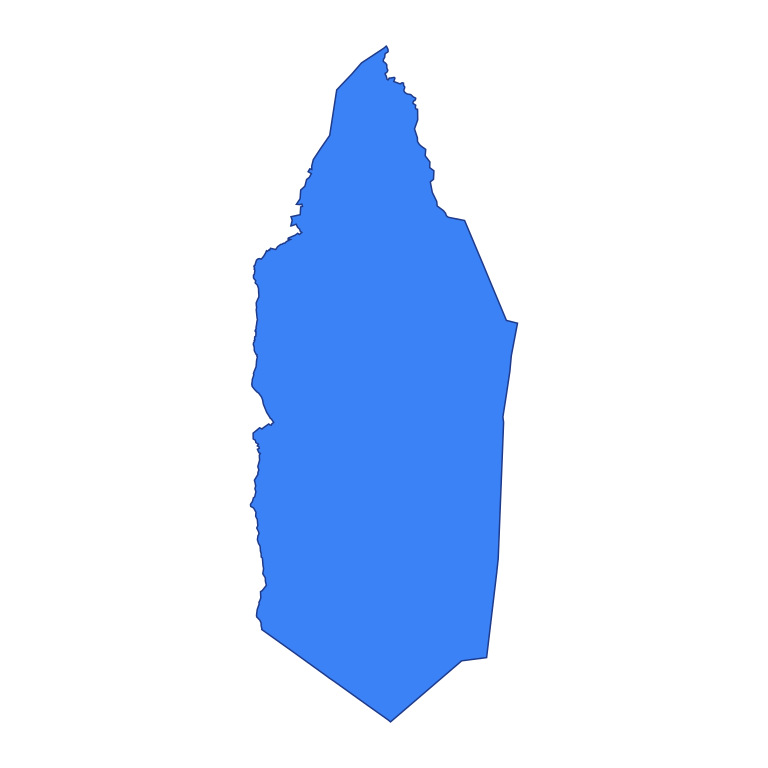 Santiago Tenango, Oaxaca, Mexico (orthographic projection)
{"feature_id": "50627088B72964972747290", "entity_name": "Santiago Tenango", "entity_type": "district", "adm_level": 2, "iso_a3": "MEX", "parent_name": "Mexico", "parent_adm1": "Oaxaca", "projection": "orthographic", "projection_center": [-97.014, 17.298], "detail": "fine", "context": "isolated", "style": "filled", "palette": "blue", "viewbox_px": 768, "rotation_deg": 0, "n_neighbors": 0, "source": "geoboundaries", "source_scale": "gbopen_adm2", "svg_char_len": 3851}
<svg xmlns="http://www.w3.org/2000/svg" viewBox="0 0 768 768"><path d="M261.7,629.5L296.9,654.6L328.6,677.5L328.9,677.8L333.2,680.7L368.8,706.2L388.4,720.1L390.5,721.9L461.7,660.8L486.6,657.6L489.3,634.9L496.7,572.7L498.2,558.7L503.6,422.4L502.9,416.9L506.4,394.5L509.9,371.1L511.3,355.8L517.5,323.2L506.4,320.4L489.4,279.7L483.5,265.4L479.6,256.2L464.6,220.5L448.4,217.3L446.4,215.8L445.5,213.2L443.5,210.7L437.2,206.0L436.7,201.4L432.3,192.4L430.3,181.9L433.5,179.3L433.9,170.8L429.7,167.6L429.9,162.0L425.2,155.8L425.7,149.4L421.4,146.3L419.4,144.5L417.5,141.5L417.4,137.8L414.5,128.9L417.7,119.9L417.6,110.8L417.5,109.3L416.8,109.3L416.6,109.3L416.1,109.0L415.5,108.1L415.4,106.8L415.6,105.7L415.7,105.2L415.1,104.8L413.1,103.4L412.9,102.9L413.2,101.7L413.5,101.2L413.9,100.7L414.3,100.7L414.8,100.6L415.6,99.1L415.7,98.2L415.0,97.7L413.5,97.1L410.9,94.7L409.6,94.3L408.4,94.2L407.3,94.0L406.4,93.5L405.4,92.9L404.7,92.2L404.0,91.1L403.9,89.8L404.7,87.8L404.6,86.6L403.8,85.8L403.5,84.5L403.5,83.1L402.5,82.8L401.4,83.0L400.6,83.8L399.3,83.6L393.8,81.5L394.0,80.8L394.9,78.3L394.7,77.7L394.2,77.4L391.8,77.8L390.0,78.1L389.2,78.1L388.3,79.8L387.7,79.8L387.0,79.2L386.2,75.9L385.3,74.6L385.2,73.3L386.7,72.5L387.6,71.0L387.8,70.1L386.9,68.3L386.8,67.0L386.8,64.9L385.7,63.3L383.3,61.4L383.3,60.4L383.6,59.1L384.7,57.4L385.0,54.2L385.3,53.6L386.4,52.8L387.6,52.2L388.1,51.6L388.0,49.3L386.4,46.1L386.2,46.1L385.8,46.5L383.8,48.2L361.5,62.9L355.5,69.8L352.3,73.5L336.7,89.9L329.7,135.4L320.7,148.4L313.3,159.6L311.7,166.1L311.8,169.5L309.8,168.8L308.1,171.7L311.4,173.6L309.3,177.4L306.6,179.5L304.9,186.2L300.7,190.0L300.1,198.7L296.4,204.3L300.2,204.6L301.8,204.1L302.5,206.4L300.7,206.9L300.2,214.7L291.0,216.7L292.2,220.3L290.8,225.9L291.3,225.9L296.2,224.2L297.5,227.1L299.6,229.2L300.3,231.3L301.8,232.4L299.4,234.5L297.7,233.3L295.3,235.1L288.4,238.0L288.0,239.0L290.4,239.5L286.4,241.6L284.8,243.2L283.4,243.3L281.9,244.3L280.7,244.4L277.6,246.7L275.7,249.5L270.5,248.3L269.7,250.1L269.2,249.7L267.3,251.3L266.5,250.8L265.5,253.1L263.7,256.2L261.3,259.1L259.3,258.6L258.0,258.9L256.5,260.1L255.5,263.3L254.9,265.4L254.3,265.5L253.9,266.5L254.6,268.2L254.1,269.1L254.9,270.2L254.3,274.4L253.5,275.1L253.5,277.9L254.3,279.1L255.7,280.6L255.2,282.9L257.3,285.0L258.5,288.4L258.7,293.6L258.9,294.5L258.8,297.1L257.8,299.0L256.2,302.9L256.4,306.3L256.7,307.3L256.2,309.7L257.1,318.1L257.5,319.9L257.0,321.0L256.4,325.5L256.0,327.3L256.3,328.4L255.5,329.6L255.9,330.9L255.1,331.1L256.0,332.5L255.8,336.1L254.7,336.9L254.6,338.8L255.0,339.7L254.2,340.4L254.6,341.0L253.5,342.9L253.3,344.6L254.2,347.1L254.3,350.7L256.2,354.5L257.1,354.8L256.8,356.0L257.4,357.1L256.6,360.1L256.1,366.7L254.3,371.1L253.4,373.7L253.8,374.4L253.5,375.9L252.3,379.4L252.2,381.5L251.8,384.0L251.8,384.3L252.2,386.5L254.7,389.6L256.8,391.8L258.4,392.9L259.4,394.1L261.3,396.7L262.5,399.5L263.4,404.3L266.7,412.4L269.4,416.7L270.4,418.5L271.2,418.8L273.7,422.4L271.8,423.9L271.4,425.1L270.2,425.0L268.7,424.0L263.1,427.9L262.1,429.0L259.6,427.8L253.1,433.2L253.2,438.9L255.3,440.2L255.9,442.6L258.4,444.2L257.3,445.9L258.8,446.7L259.3,448.2L257.4,449.3L258.9,452.7L260.3,453.4L259.3,455.3L259.6,460.1L257.8,466.6L258.8,469.9L257.9,472.6L257.9,474.4L254.4,480.2L255.1,482.9L255.7,486.0L254.9,488.8L255.9,491.6L254.7,496.9L253.4,497.9L252.5,501.4L250.5,504.3L250.7,506.4L253.6,508.0L256.0,512.3L255.7,515.1L255.7,516.4L257.3,519.5L257.8,525.8L256.7,528.0L258.4,531.3L259.0,533.8L257.9,535.9L257.4,539.8L258.5,543.4L260.1,546.2L260.5,551.6L261.1,553.0L261.2,557.0L262.4,558.0L263.0,565.7L263.6,568.5L262.8,573.8L265.3,577.8L265.4,581.4L266.4,585.3L262.3,590.5L260.5,591.7L260.8,598.0L259.9,600.4L258.9,602.4L259.2,603.8L257.2,609.6L256.5,615.2L256.7,616.9L259.9,620.3L261.1,623.1L261.1,625.5L261.9,628.8L261.7,629.5Z" fill="#3b82f6" stroke="#1e3a8a" stroke-width="1.5"/></svg>